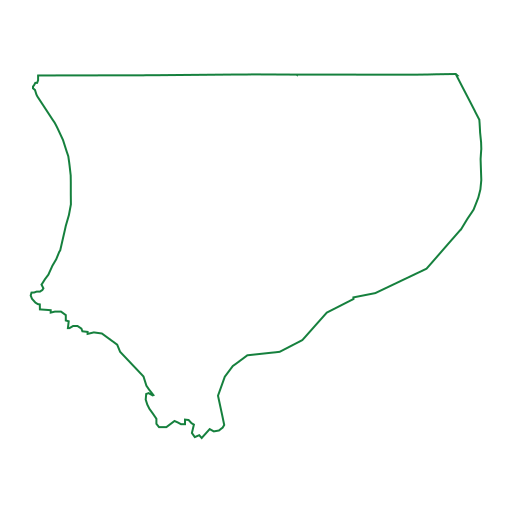 Lower Niumi, North Bank, Gambia (Natural Earth projection)
{"feature_id": "56634734B30137768679203", "entity_name": "Lower Niumi", "entity_type": "district", "adm_level": 2, "iso_a3": "GMB", "parent_name": "Gambia", "parent_adm1": "North Bank", "projection": "natural_earth1", "projection_center": [-16.449, 13.506], "detail": "fine", "context": "isolated", "style": "outline", "palette": "green", "viewbox_px": 512, "rotation_deg": 0, "n_neighbors": 0, "source": "geoboundaries", "source_scale": "gbopen_adm2", "svg_char_len": 2422}
<svg xmlns="http://www.w3.org/2000/svg" viewBox="0 0 512 512"><path d="M457.3,75.4L455.8,74.0L441.9,74.2L435.4,74.3L428.4,74.5L413.3,74.7L370.2,74.7L349.4,74.6L296.8,74.6L296.8,74.8L296.5,74.6L276.3,74.5L252.7,74.4L247.7,74.5L238.9,74.5L191.3,74.9L156.7,75.2L146.2,75.2L143.9,75.3L75.7,75.4L64.8,75.4L38.1,75.5L38.1,77.0L38.1,80.2L37.1,82.9L35.3,82.9L34.0,85.3L33.0,86.5L33.0,88.3L35.0,90.0L36.4,94.5L37.4,96.5L47.9,112.5L52.6,119.7L54.6,122.6L56.1,125.4L57.5,128.2L63.0,140.0L66.7,151.6L67.8,154.8L68.3,156.3L69.2,162.6L69.6,165.8L70.7,175.5L70.8,182.1L70.8,194.2L70.9,204.4L68.9,215.1L65.8,225.8L64.7,230.8L64.0,233.8L60.2,250.4L59.2,251.9L59.1,252.2L56.2,259.3L55.3,260.8L52.3,265.9L51.7,267.3L48.8,273.7L48.5,274.5L45.1,279.0L42.2,283.6L41.5,284.6L43.4,288.3L42.3,290.1L41.0,290.9L40.0,291.6L38.6,291.6L37.7,291.6L36.7,291.6L36.1,291.8L34.5,292.4L34.1,292.5L31.5,292.6L30.7,295.5L32.0,298.8L35.4,302.6L37.8,304.1L39.8,304.4L39.9,309.4L47.0,309.9L50.7,310.2L50.7,310.3L50.7,312.6L54.9,311.6L61.0,311.6L65.8,315.1L65.8,315.3L65.8,320.5L68.7,321.3L67.9,328.1L69.5,328.1L73.1,326.0L77.4,326.0L77.5,326.0L81.4,328.6L82.4,331.3L87.6,331.9L87.6,333.9L93.4,332.5L93.8,332.4L101.9,333.5L117.2,344.7L120.1,351.8L143.5,376.5L146.4,385.7L149.0,389.5L153.4,395.1L152.7,395.4L148.5,393.1L146.2,394.0L145.7,399.6L147.3,404.6L149.0,408.0L149.4,408.8L153.0,413.8L156.4,418.8L156.4,423.8L159.0,427.1L166.4,427.1L174.5,421.0L177.7,422.4L181.0,424.2L185.0,424.2L185.0,419.6L188.6,420.0L191.5,423.2L193.9,424.6L191.9,433.0L194.8,437.1L199.2,435.2L201.7,438.0L202.2,437.4L209.7,429.1L213.8,431.4L219.0,430.5L221.2,428.7L222.6,427.7L224.2,425.0L224.2,424.9L222.4,416.2L218.0,395.7L224.8,376.7L232.8,366.0L235.5,364.1L246.8,355.7L247.3,355.3L271.5,352.7L275.5,352.3L279.7,351.8L302.3,340.1L305.3,336.8L314.7,326.2L316.2,324.5L319.5,320.8L320.2,320.0L326.8,312.6L353.5,299.0L353.4,297.4L375.3,293.1L400.7,281.0L401.1,280.8L426.5,268.7L428.9,266.0L435.1,258.9L448.5,243.5L460.5,229.8L460.7,229.6L460.9,229.6L465.0,222.8L466.7,220.0L467.7,218.4L471.9,212.2L473.6,209.6L477.0,201.0L477.0,200.9L477.5,199.7L478.3,197.6L478.7,196.1L480.4,189.4L481.3,180.1L480.9,168.4L480.8,165.5L480.6,159.1L480.9,154.3L481.2,150.0L481.3,149.2L481.1,142.5L480.8,139.4L480.1,132.5L480.0,130.3L479.6,123.4L479.3,119.6L479.2,119.5L475.1,111.6L475.0,111.3L473.1,107.6L469.4,100.4L462.0,86.2L456.5,75.5L457.3,75.4Z" fill="none" stroke="#15803d" stroke-width="2"/></svg>